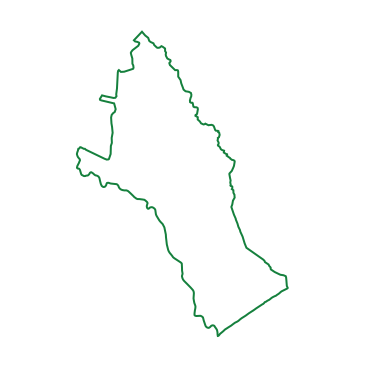 the district of Tiquisate, Escuintla, Guatemala, rotated 304°
{"feature_id": "79465075B69803572716764", "entity_name": "Tiquisate", "entity_type": "district", "adm_level": 2, "iso_a3": "GTM", "parent_name": "Guatemala", "parent_adm1": "Escuintla", "projection": "orthographic", "projection_center": [-91.43, 14.173], "detail": "fine", "context": "isolated", "style": "outline", "palette": "green", "viewbox_px": 384, "rotation_deg": 304, "n_neighbors": 0, "source": "geoboundaries", "source_scale": "gbopen_adm2", "svg_char_len": 5988}
<svg xmlns="http://www.w3.org/2000/svg" viewBox="0 0 384 384"><g transform="rotate(304 192 192)"><path d="M296.0,86.4L295.8,85.1L293.6,84.4L292.4,83.1L292.1,82.1L292.7,78.5L293.7,76.9L293.2,73.7L293.4,72.0L295.3,69.5L295.6,65.6L296.9,60.9L285.3,59.0L285.0,60.6L285.9,62.8L286.2,64.7L285.5,65.4L283.2,65.7L276.3,63.4L274.2,63.3L273.1,63.5L271.6,65.1L269.3,67.9L265.0,70.9L264.1,72.5L262.4,74.0L261.3,74.3L260.8,74.0L256.2,70.4L253.8,68.5L251.8,65.9L252.2,63.2L251.2,63.0L249.7,63.6L235.9,71.9L230.7,74.5L229.7,75.3L229.3,75.8L227.3,75.8L226.1,74.4L224.9,71.4L223.1,67.1L221.8,63.4L217.6,63.6L217.0,64.2L217.2,65.5L221.9,77.9L218.0,82.4L215.2,83.2L213.2,82.5L211.0,82.3L208.5,83.3L203.8,86.9L201.3,89.3L196.7,93.1L191.9,95.2L187.9,98.1L184.8,99.0L178.0,103.3L172.9,104.7L172.3,104.5L171.2,103.2L170.7,101.1L167.7,80.5L167.9,79.0L167.3,78.1L166.9,74.7L166.5,74.2L165.0,74.2L164.3,73.6L163.1,74.0L162.5,74.3L160.8,74.7L159.4,75.2L158.8,75.6L158.3,76.3L157.8,76.9L157.2,77.9L156.9,78.8L156.5,80.4L156.2,80.8L155.8,81.3L155.4,81.5L154.5,81.6L153.6,81.8L152.9,82.0L151.8,82.1L151.1,82.2L149.5,82.4L149.1,82.5L148.7,82.7L148.1,82.9L147.8,83.1L147.6,83.5L147.6,84.2L147.8,84.5L148.1,85.1L148.1,85.6L147.9,86.2L147.7,86.7L145.3,89.6L144.9,90.1L144.6,90.7L144.5,91.1L144.6,91.6L144.7,92.5L144.7,92.9L144.8,93.5L145.1,94.0L145.4,94.4L145.7,94.7L146.3,95.0L146.7,95.5L147.4,96.3L147.7,96.5L148.0,96.6L148.6,96.7L149.2,96.8L149.8,96.8L150.6,96.7L151.1,96.8L151.5,96.9L152.0,97.4L152.1,97.7L152.1,98.9L152.1,99.6L151.8,101.4L151.8,101.9L151.8,102.4L151.9,102.9L152.3,103.7L152.4,104.3L152.5,105.1L152.5,105.5L152.5,105.9L152.3,106.3L152.0,107.1L151.7,107.5L151.0,108.3L150.1,109.2L147.7,111.9L146.6,113.7L146.5,114.3L146.5,115.2L146.6,115.7L147.1,116.4L147.6,116.8L148.1,116.9L148.6,117.0L149.1,117.0L149.6,117.0L150.0,116.9L151.2,116.5L151.9,116.5L152.3,116.8L152.8,117.4L153.0,117.8L153.5,119.7L153.9,120.5L155.9,124.3L156.2,124.8L156.4,125.5L156.3,126.3L156.2,126.8L155.8,127.7L155.0,128.8L154.7,129.5L154.5,130.2L154.4,130.7L154.4,131.4L154.4,132.1L154.6,132.8L154.8,133.5L155.1,134.1L155.5,135.0L156.1,135.9L156.5,136.4L156.7,136.9L157.0,138.1L156.9,139.5L156.4,142.6L155.9,145.4L155.5,147.1L155.5,148.6L155.4,149.3L155.5,150.0L155.6,150.5L155.8,151.0L156.8,152.5L158.2,155.3L158.6,156.2L158.9,156.8L158.9,157.2L158.9,157.9L158.6,160.1L158.4,160.7L158.2,161.0L157.9,161.4L157.2,161.6L155.2,162.3L154.6,162.7L154.2,163.1L153.8,163.6L153.6,164.1L153.5,164.7L153.9,165.4L155.5,165.8L155.9,166.1L156.3,166.4L156.6,166.7L156.9,167.1L157.2,167.8L157.3,168.4L157.3,169.8L157.2,170.4L157.0,170.9L156.7,171.5L156.4,171.8L153.4,174.5L153.1,174.9L152.5,175.8L150.9,179.2L150.1,181.0L149.6,182.7L149.2,184.6L149.0,185.6L147.2,188.9L146.9,189.2L142.1,194.1L140.0,195.7L134.4,200.5L130.7,204.6L129.7,206.1L129.3,207.1L129.1,207.5L128.9,208.1L128.5,209.6L127.8,211.7L127.4,212.6L127.3,213.1L127.2,214.4L127.3,221.9L127.2,222.8L127.1,223.2L126.8,223.7L126.5,223.9L123.7,226.0L121.3,227.7L119.2,229.7L118.7,230.0L117.5,230.4L117.1,230.5L116.5,230.8L115.1,232.4L114.5,233.4L114.2,234.1L114.0,234.8L113.8,235.4L113.0,239.6L112.0,244.4L111.4,246.8L111.1,247.8L110.6,248.7L110.0,249.4L109.2,250.1L107.7,251.0L104.6,252.8L102.8,254.5L101.3,256.0L99.7,258.2L99.0,258.9L98.7,259.1L97.2,259.9L95.7,260.5L92.9,261.9L91.8,262.6L91.4,262.9L91.2,263.4L91.3,264.1L91.5,264.7L92.1,265.6L94.0,268.1L94.2,268.6L94.3,269.9L94.3,270.3L94.2,271.0L94.0,271.4L93.2,272.3L92.1,273.5L88.8,277.8L88.5,278.3L88.3,278.7L88.2,279.3L88.1,279.9L88.2,280.7L88.4,281.2L88.7,281.8L89.3,282.2L90.1,282.5L91.8,282.8L92.8,283.4L93.2,284.1L93.4,284.5L93.5,285.2L93.3,285.9L93.0,286.4L92.2,288.6L91.5,290.0L90.0,291.5L87.9,293.1L87.1,293.9L87.5,294.3L88.3,294.5L90.3,294.6L91.5,295.0L93.9,295.7L96.6,296.3L98.6,297.2L100.3,297.9L103.2,299.2L103.8,299.4L104.5,299.6L107.6,300.7L109.7,301.9L111.0,302.5L113.3,303.1L115.1,303.7L119.4,305.6L120.8,306.1L123.3,307.0L129.2,309.5L131.2,310.2L134.8,311.7L138.4,313.2L139.0,313.6L139.4,313.7L140.4,313.9L141.0,313.9L141.5,314.0L142.6,314.8L143.2,315.0L143.6,315.1L144.4,315.5L145.8,316.3L147.0,316.7L148.4,317.1L149.7,317.6L150.4,318.0L151.3,318.5L151.7,318.7L152.5,319.3L152.8,319.5L154.8,320.2L155.6,320.6L157.1,321.1L157.6,321.2L158.8,321.5L159.7,321.8L163.4,323.9L164.3,324.4L165.0,324.8L165.3,324.9L166.0,325.0L167.2,323.1L171.6,319.6L173.8,317.8L174.6,316.8L174.2,314.5L172.8,311.5L171.9,305.3L171.9,300.8L172.3,300.1L173.1,299.7L173.6,298.8L173.7,297.8L174.7,296.0L174.7,291.7L175.5,290.5L175.8,288.8L176.2,268.3L178.9,264.3L183.3,258.9L186.1,254.3L187.3,253.0L189.1,249.9L191.3,247.3L193.7,243.7L194.3,243.2L196.7,239.4L201.6,233.0L204.1,232.4L207.7,230.8L211.2,230.5L212.4,229.5L213.4,228.8L214.5,226.8L216.6,225.3L216.7,223.4L217.5,223.4L218.9,222.5L219.1,222.1L218.7,220.9L218.8,220.3L219.6,220.1L221.3,218.4L223.1,217.6L225.0,215.6L227.7,213.0L228.3,212.7L231.7,213.2L235.3,212.6L237.1,212.2L241.1,210.4L241.7,209.6L241.4,207.9L241.0,207.2L241.1,205.1L241.4,204.7L241.5,200.6L242.0,200.7L242.9,200.0L242.6,199.0L242.5,196.3L244.2,195.5L243.6,193.5L243.6,192.0L244.5,190.5L245.0,189.5L245.0,187.7L245.4,187.2L246.9,187.1L247.9,186.4L249.0,184.4L250.7,183.7L251.3,183.2L252.4,183.7L254.8,183.0L256.4,181.3L256.3,180.2L256.8,179.8L257.2,179.8L257.2,179.3L256.2,177.5L256.3,177.0L256.4,176.5L258.6,173.5L259.0,172.3L258.7,170.8L257.5,169.3L256.6,168.4L256.4,167.1L256.1,164.8L255.3,164.6L254.4,163.7L254.0,161.1L254.9,159.0L255.3,156.2L257.2,155.0L257.1,152.2L257.9,151.9L259.0,152.5L259.8,152.4L263.9,150.6L264.8,149.7L264.8,148.5L263.6,146.5L263.6,145.4L266.1,142.9L266.1,142.1L265.5,141.5L265.4,140.2L266.7,139.1L269.5,138.1L270.6,138.0L272.3,137.1L273.5,135.7L273.3,133.4L271.9,130.3L272.2,127.7L273.2,126.4L276.1,122.3L278.4,119.9L279.9,116.1L284.0,113.3L284.9,112.3L284.7,111.4L283.6,109.9L284.9,102.7L286.2,101.1L288.3,101.2L289.0,100.7L289.3,100.2L289.0,98.5L288.9,96.9L290.2,94.4L291.2,93.4L293.1,92.5L293.7,91.0L295.9,89.4L296.0,86.4Z" fill="none" stroke="#15803d" stroke-width="2"/></g></svg>